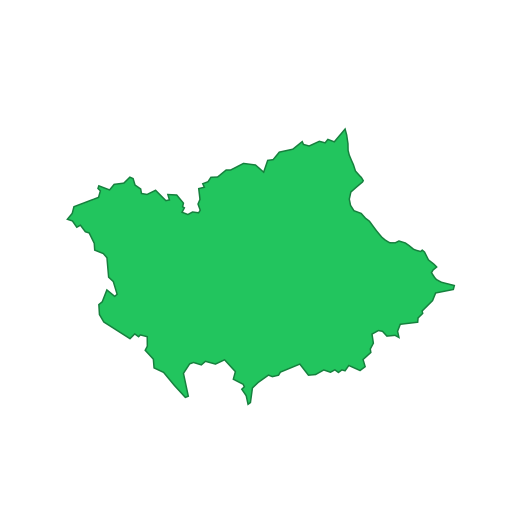 outline of Berovo, Berovo, North Macedonia, rotated 314°
{"feature_id": "65306769B82535052466784", "entity_name": "Berovo", "entity_type": "district", "adm_level": 2, "iso_a3": "MKD", "parent_name": "North Macedonia", "parent_adm1": "Berovo", "projection": "orthographic", "projection_center": [22.828, 41.67], "detail": "fine", "context": "isolated", "style": "filled", "palette": "green", "viewbox_px": 512, "rotation_deg": 314, "n_neighbors": 0, "source": "geoboundaries", "source_scale": "gbopen_adm2", "svg_char_len": 2360}
<svg xmlns="http://www.w3.org/2000/svg" viewBox="0 0 512 512"><g transform="rotate(314 256 256)"><path d="M225.1,110.5L216.6,110.3L209.0,104.2L201.8,104.8L197.3,94.2L194.8,95.4L194.8,98.8L188.8,102.0L165.0,90.8L159.0,94.2L151.4,94.8L153.7,99.6L152.2,107.1L156.2,108.3L154.9,116.4L156.7,120.0L152.8,130.8L148.2,135.9L151.7,144.5L151.2,150.0L138.4,164.7L138.5,171.1L132.0,182.7L128.8,182.4L128.0,172.3L116.3,177.2L111.9,176.7L105.1,184.1L102.8,192.4L109.0,222.8L115.7,222.9L116.4,227.6L118.9,227.6L122.4,233.8L115.6,240.5L111.2,241.8L110.5,253.8L104.7,260.4L108.1,270.4L106.2,287.2L105.2,303.4L108.1,304.7L121.2,285.3L132.3,283.2L136.0,285.0L139.7,292.3L145.1,292.8L150.1,301.9L159.5,305.5L158.5,321.5L151.6,325.3L154.8,335.8L153.8,338.5L150.3,338.3L148.7,346.0L143.8,353.3L146.7,353.8L158.6,345.1L166.6,345.4L179.0,347.7L180.6,351.6L185.9,355.0L189.4,354.2L208.7,362.6L206.7,376.5L212.1,381.2L221.1,383.9L224.1,390.3L228.9,391.8L229.5,396.2L233.7,396.9L235.3,399.8L241.7,398.8L245.9,410.4L252.2,411.4L255.9,404.9L266.4,405.6L268.5,402.8L274.8,401.0L280.4,393.7L287.4,395.8L289.7,399.3L289.3,405.8L295.5,411.1L296.7,415.4L300.2,410.1L307.1,407.2L320.7,418.3L324.0,415.6L330.5,415.8L331.8,413.7L346.5,414.0L354.2,410.9L369.0,421.2L372.5,419.2L365.9,407.6L364.4,402.2L364.6,399.4L365.9,393.8L368.9,393.1L373.6,393.6L373.7,389.9L373.0,382.7L375.9,374.5L375.7,371.5L373.6,371.3L371.5,367.5L370.3,364.7L369.8,358.7L369.1,354.4L366.1,348.4L362.2,347.0L358.5,343.1L357.9,341.0L357.2,337.7L356.9,333.3L357.8,325.2L358.8,319.2L359.8,313.4L359.5,310.9L359.2,308.5L359.7,302.1L356.6,295.0L358.1,288.8L361.7,283.6L367.9,279.8L375.6,280.4L383.2,281.2L384.7,280.8L385.7,277.2L385.7,275.1L386.2,268.5L389.4,262.5L391.1,258.2L393.4,252.9L395.9,248.9L400.6,244.2L406.0,237.2L408.4,233.2L409.2,231.9L392.5,233.0L389.8,226.7L385.4,227.1L382.5,221.9L372.0,217.8L369.2,212.6L370.4,209.8L358.4,208.3L346.9,200.6L337.2,201.4L332.9,198.0L321.6,203.3L321.1,192.4L313.9,182.7L300.2,178.0L297.1,174.8L286.1,173.5L281.3,168.9L276.1,169.9L271.0,167.5L269.6,171.1L264.7,168.0L257.8,176.4L253.1,178.2L250.2,184.1L247.2,184.7L243.6,179.8L238.5,178.2L236.1,172.4L240.9,171.0L240.4,169.0L243.6,167.1L244.8,156.6L239.0,149.9L236.2,154.8L233.2,152.7L233.5,138.1L224.6,134.9L221.4,130.2L224.1,126.5L223.0,119.7L226.3,113.8L225.1,110.5Z" fill="#22c55e" stroke="#15803d" stroke-width="1.5"/></g></svg>